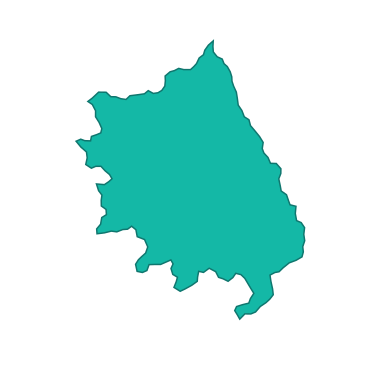 Canaã, Minas Gerais, Brazil, rotated 326°
{"feature_id": "56859067B79811618313026", "entity_name": "Canaã", "entity_type": "district", "adm_level": 2, "iso_a3": "BRA", "parent_name": "Brazil", "parent_adm1": "Minas Gerais", "projection": "orthographic", "projection_center": [-42.629, -20.671], "detail": "fine", "context": "isolated", "style": "filled", "palette": "teal", "viewbox_px": 384, "rotation_deg": 326, "n_neighbors": 0, "source": "geoboundaries", "source_scale": "gbopen_adm2", "svg_char_len": 2266}
<svg xmlns="http://www.w3.org/2000/svg" viewBox="0 0 384 384"><g transform="rotate(326 192 192)"><path d="M172.6,326.0L177.6,327.0L184.6,325.1L191.5,325.1L196.7,324.3L201.9,322.6L204.6,317.4L207.5,310.1L210.2,304.5L215.7,305.1L219.6,306.8L225.1,305.8L233.0,305.1L240.0,306.8L246.9,307.3L250.8,303.9L253.2,299.3L258.2,295.4L261.0,289.6L265.4,284.5L265.4,278.4L262.7,274.2L265.6,267.6L270.2,262.0L266.1,257.4L267.2,253.0L268.8,247.1L266.5,241.0L268.5,236.5L271.3,229.6L276.0,226.3L278.7,222.4L277.8,215.5L273.1,212.1L274.3,205.9L273.4,199.9L274.5,195.3L278.7,190.7L279.0,183.8L278.3,176.0L277.6,169.7L279.6,164.0L277.4,158.9L278.9,152.4L278.9,145.8L281.9,139.8L284.6,134.0L285.7,127.5L287.1,122.5L289.4,118.7L290.9,113.7L291.4,107.8L290.3,103.5L291.4,98.7L288.5,94.0L288.0,87.8L290.7,83.1L294.1,78.6L287.8,79.4L281.9,81.6L278.3,84.6L272.9,84.9L267.5,88.1L263.4,89.1L259.2,89.7L253.6,85.9L250.1,82.1L245.2,81.5L241.1,80.1L234.6,80.8L232.1,84.9L228.7,89.0L223.8,90.9L219.3,90.7L215.0,88.6L212.4,83.5L207.5,84.0L201.9,81.3L194.4,77.5L189.1,78.4L185.2,74.9L182.1,70.5L178.0,67.6L176.6,61.3L170.4,57.0L166.2,57.7L161.8,58.4L156.3,58.7L158.3,63.7L157.5,70.7L154.1,75.7L153.9,82.3L152.7,89.0L149.4,92.0L145.3,91.2L139.7,89.7L136.5,92.9L131.8,89.5L129.3,86.0L124.3,85.1L125.0,92.6L126.9,99.8L124.2,105.1L119.3,109.8L121.9,116.0L126.6,116.9L130.9,119.8L131.8,125.8L133.4,131.4L133.1,136.3L128.8,136.9L123.5,136.9L117.3,131.9L115.3,138.7L115.6,144.2L112.1,148.1L109.0,152.9L111.0,158.4L108.4,162.9L102.9,162.7L98.2,167.6L92.3,169.3L89.9,173.5L96.6,176.9L103.2,179.3L107.4,183.0L113.6,184.4L117.8,186.8L122.8,186.6L124.4,191.9L121.6,198.4L126.1,204.9L124.6,212.8L119.4,216.7L114.2,217.4L109.7,218.2L104.8,220.4L102.1,227.1L105.9,231.0L110.7,231.9L115.8,228.2L121.5,231.8L125.5,234.5L132.0,235.7L136.5,236.5L136.1,241.0L131.8,243.7L130.0,249.6L132.3,254.5L128.7,257.6L123.7,261.0L126.7,267.7L132.1,268.5L139.7,269.2L146.4,269.0L149.1,265.6L153.2,261.5L156.6,265.1L163.6,264.8L167.1,271.3L166.3,277.6L169.2,281.3L172.0,286.2L178.0,285.8L182.8,283.9L186.4,287.9L187.5,293.1L187.1,300.0L186.8,305.3L186.6,310.6L180.9,313.0L176.9,315.9L171.0,313.7L164.9,311.9L161.1,314.2L160.9,319.3L160.5,324.1L167.7,322.6L172.6,326.0Z" fill="#14b8a6" stroke="#0f766e" stroke-width="1.5"/></g></svg>